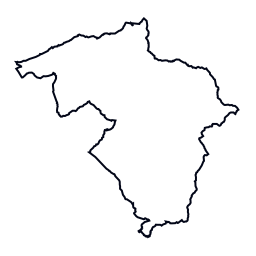 Vintila Voda, Buzau, Romania (Albers equal-area conic projection), rotated 179°
{"feature_id": "2599482B97538487419243", "entity_name": "Vintila Voda", "entity_type": "district", "adm_level": 2, "iso_a3": "ROU", "parent_name": "Romania", "parent_adm1": "Buzau", "projection": "albers", "projection_center": [26.732, 45.463], "detail": "fine", "context": "isolated", "style": "outline", "palette": "ink", "viewbox_px": 256, "rotation_deg": 179, "n_neighbors": 0, "source": "geoboundaries", "source_scale": "gbopen_adm2", "svg_char_len": 5848}
<svg xmlns="http://www.w3.org/2000/svg" viewBox="0 0 256 256"><g transform="rotate(179 128 128)"><path d="M238.7,195.9L238.2,195.2L237.8,193.6L234.7,192.2L234.0,191.5L233.0,191.3L236.0,190.6L238.7,189.2L236.6,186.2L233.3,180.4L232.4,180.4L230.2,182.2L228.1,184.3L227.6,184.3L226.2,185.0L223.2,185.1L221.2,183.7L220.5,182.2L218.0,180.1L214.6,179.3L211.6,181.3L209.5,181.1L206.9,181.4L203.4,182.5L202.2,183.1L202.1,183.8L201.7,184.4L200.3,183.6L200.5,183.2L200.3,182.7L199.0,181.3L199.2,180.3L199.0,179.4L199.2,178.4L200.8,175.1L202.2,173.2L202.3,171.2L201.8,166.7L202.3,165.7L198.9,155.6L198.4,154.8L198.7,153.9L198.0,153.0L198.2,151.6L197.9,150.9L198.3,149.6L198.7,146.8L198.5,145.0L197.2,144.5L196.9,142.7L196.2,142.2L195.9,141.4L195.4,141.2L194.9,140.5L193.5,140.6L192.6,141.3L190.8,141.1L189.3,141.9L187.3,142.5L186.8,142.8L186.6,143.9L183.2,146.2L181.2,146.2L180.0,145.8L178.7,147.0L177.7,148.5L176.8,148.8L175.8,149.9L172.8,150.5L171.7,151.9L170.0,152.6L168.2,153.8L167.8,154.8L166.2,155.3L165.7,154.0L164.8,152.9L162.0,151.5L159.1,148.1L158.2,147.5L157.2,147.5L156.0,146.1L155.3,145.7L155.2,144.1L154.9,143.1L154.2,142.4L153.3,142.0L152.6,141.3L151.3,141.2L151.1,139.4L148.8,137.1L145.3,136.0L144.5,135.5L143.9,136.2L140.4,135.7L141.0,134.2L141.5,131.7L142.7,129.9L143.0,128.9L144.8,127.4L146.4,126.6L147.7,126.7L148.0,126.3L148.6,126.3L148.9,127.1L149.6,126.9L149.7,126.0L151.2,126.3L151.7,124.8L151.7,122.9L152.9,121.2L152.9,119.3L154.1,118.7L154.4,117.0L156.4,116.0L157.2,114.7L157.9,113.0L158.9,112.1L160.0,112.2L160.6,111.0L161.2,110.5L162.1,110.4L163.2,108.8L165.7,106.6L166.1,106.0L166.2,104.7L167.3,104.4L161.2,99.6L150.3,87.7L148.2,86.2L147.6,85.4L147.1,85.4L145.7,83.8L142.7,81.9L142.4,82.0L141.7,80.7L141.6,80.1L137.7,75.8L137.2,74.4L137.2,71.4L136.9,70.0L137.0,67.3L135.3,65.6L134.2,61.3L132.6,59.0L131.9,57.1L131.4,56.8L130.3,56.7L126.5,54.1L125.9,53.6L124.9,51.9L124.2,52.4L124.2,49.7L124.0,48.5L123.6,48.1L122.1,47.4L121.9,47.0L122.3,45.9L121.8,44.2L123.3,43.0L123.4,42.4L121.3,39.7L119.9,38.6L113.8,36.5L113.3,36.6L112.8,37.3L112.2,37.4L110.5,36.3L109.4,36.2L108.6,35.6L108.3,35.0L112.9,33.7L115.9,31.3L116.2,29.9L115.6,28.9L115.8,28.2L115.6,27.8L116.3,27.3L116.1,26.5L119.2,24.8L119.0,24.1L118.4,23.6L118.1,23.7L117.4,24.7L116.8,24.6L115.3,22.4L114.5,21.9L114.0,20.6L113.3,20.6L112.4,19.4L111.6,19.7L111.1,19.1L110.0,19.7L109.8,18.7L108.2,19.4L108.0,20.6L107.3,21.9L107.5,22.6L107.1,23.4L107.4,23.6L107.4,24.1L106.9,25.1L105.8,25.8L105.8,26.6L105.3,27.7L104.6,28.6L103.4,29.0L102.3,29.8L101.9,30.8L97.1,30.6L96.1,29.8L94.5,31.0L92.0,31.8L91.4,33.3L91.7,33.8L90.6,33.6L90.1,33.1L88.9,33.4L87.6,32.4L87.4,32.0L86.4,31.9L82.5,32.0L80.9,33.0L80.1,32.2L79.5,32.3L75.8,35.0L75.6,34.7L75.6,34.2L73.8,33.1L71.8,33.6L71.3,33.5L70.3,34.2L69.9,35.0L69.9,36.6L69.3,38.2L69.4,39.4L69.1,40.8L69.6,42.9L69.4,45.4L70.2,47.4L70.1,48.0L69.4,49.2L67.5,50.8L66.7,52.1L66.8,55.1L67.0,55.6L65.4,58.5L65.5,59.4L63.9,61.5L62.5,62.2L61.9,63.4L60.5,64.8L60.3,65.8L61.5,68.7L61.6,72.5L62.1,73.5L61.0,74.4L60.9,77.7L61.3,79.9L60.9,80.6L60.5,82.2L59.6,82.6L59.0,83.8L57.6,85.1L54.9,89.3L53.2,93.2L52.6,93.8L52.9,97.7L52.4,98.8L51.6,99.6L49.8,99.3L48.2,100.5L50.9,104.5L50.9,105.1L51.9,106.6L52.0,107.6L52.8,109.0L53.0,109.7L53.8,110.5L54.7,111.9L55.3,112.3L57.1,115.7L56.9,116.5L54.8,117.3L53.0,118.6L54.2,120.5L54.6,122.1L53.3,123.6L51.6,124.5L51.2,126.8L49.0,127.3L47.3,127.4L46.3,128.2L44.2,128.0L43.7,128.8L43.8,129.8L43.1,130.6L39.1,130.5L36.8,128.7L36.3,128.6L35.2,129.4L34.5,131.0L33.8,131.2L33.2,132.0L31.9,132.6L31.1,134.5L31.1,136.2L30.5,137.1L27.8,139.2L26.3,141.1L25.1,141.7L22.2,141.7L21.3,140.9L21.1,140.5L20.4,140.1L19.8,141.7L19.0,142.6L18.9,143.3L17.3,144.3L18.6,146.4L20.6,148.2L22.8,148.4L23.7,149.2L26.0,149.0L27.3,149.6L30.8,149.3L31.9,149.8L34.2,152.2L34.6,153.6L35.5,155.0L37.6,156.4L37.8,156.9L37.6,158.4L38.0,159.5L37.9,161.1L38.1,162.1L37.8,162.5L37.6,164.3L37.3,164.3L36.9,164.8L37.0,166.8L37.8,167.6L38.8,168.0L39.2,168.7L40.3,174.9L41.1,175.3L42.5,177.5L45.0,180.2L45.2,181.8L47.9,184.8L48.6,186.2L49.9,185.7L50.6,185.7L53.1,187.3L54.6,186.8L56.8,187.9L58.5,187.1L58.9,186.6L61.5,187.5L62.2,187.2L63.5,188.8L65.8,188.7L67.0,189.3L67.1,190.2L67.9,190.2L69.5,192.3L71.0,192.4L74.3,194.3L75.5,195.4L78.5,195.7L80.4,194.8L80.8,194.2L82.1,193.8L82.2,194.3L83.9,193.5L84.9,194.1L85.9,193.7L87.5,194.8L89.4,195.0L92.9,194.6L94.4,195.4L96.2,195.2L98.3,196.8L100.0,197.0L100.2,197.5L100.1,198.2L100.4,199.1L100.3,199.7L102.0,200.9L102.8,202.0L103.8,202.5L104.5,203.6L105.4,203.9L106.8,205.2L106.3,206.3L106.3,207.5L105.9,208.6L105.9,212.6L106.3,212.7L106.2,213.5L106.8,215.4L108.4,217.6L108.2,218.2L107.3,218.8L106.0,220.5L106.1,221.6L105.8,221.9L105.7,223.2L105.9,224.2L107.2,226.0L107.6,227.1L106.9,229.9L107.5,234.8L110.2,237.3L111.6,235.8L112.5,234.1L113.2,233.9L113.6,233.3L114.8,232.4L114.9,231.8L121.5,232.6L121.5,230.7L121.8,230.6L122.2,231.0L122.1,231.6L122.5,232.0L122.4,232.3L123.0,232.8L123.0,232.3L123.2,232.2L124.2,232.7L128.1,233.4L128.7,232.9L129.8,230.5L130.6,229.6L131.3,227.8L132.7,226.4L133.2,226.3L133.6,225.7L135.3,225.3L139.3,222.7L144.1,222.8L144.3,222.2L144.7,222.0L147.4,223.0L149.5,222.9L150.9,221.9L151.0,222.2L152.4,221.3L154.7,219.1L157.2,218.0L157.4,218.0L157.5,218.9L158.8,219.2L160.9,220.5L163.1,220.2L165.9,219.3L166.7,219.5L167.7,220.2L168.9,219.7L170.9,221.1L173.0,221.3L175.1,222.3L176.5,221.6L176.4,220.9L176.7,220.7L180.1,219.8L183.6,216.9L184.1,216.9L185.5,215.9L188.4,215.1L188.9,214.6L190.4,214.4L191.5,213.1L192.7,212.5L194.3,212.1L194.9,211.7L195.5,211.6L195.9,212.1L197.1,211.3L197.2,210.8L200.2,210.6L201.8,209.2L202.7,210.2L204.6,208.6L205.6,208.1L206.7,206.5L213.2,203.4L214.3,203.5L214.2,203.2L215.5,202.3L218.9,200.7L225.4,198.7L229.1,197.0L231.4,197.0L233.3,196.0L235.1,195.7L236.6,195.7L237.3,196.1L237.8,195.8L238.7,195.9Z" fill="none" stroke="#020617" stroke-width="2"/></g></svg>